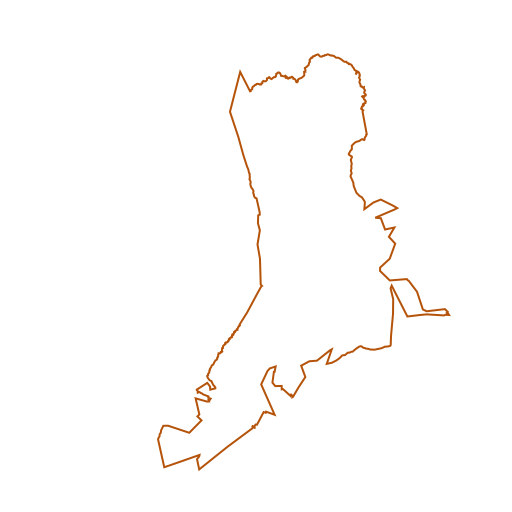 Súchil, Durango, Mexico, rotated 158°
{"feature_id": "50627088B52283797196470", "entity_name": "Súchil", "entity_type": "district", "adm_level": 2, "iso_a3": "MEX", "parent_name": "Mexico", "parent_adm1": "Durango", "projection": "orthographic", "projection_center": [-104.169, 23.415], "detail": "fine", "context": "isolated", "style": "outline", "palette": "amber", "viewbox_px": 512, "rotation_deg": 158, "n_neighbors": 0, "source": "geoboundaries", "source_scale": "gbopen_adm2", "svg_char_len": 6080}
<svg xmlns="http://www.w3.org/2000/svg" viewBox="0 0 512 512"><g transform="rotate(158 256 256)"><path d="M230.8,129.5L225.8,128.6L220.9,129.0L217.9,129.7L215.2,130.6L213.8,131.4L213.1,131.5L210.6,130.8L207.0,132.0L205.8,131.4L203.4,131.5L202.3,131.1L197.8,132.6L194.3,133.3L193.0,133.2L192.0,132.7L190.9,130.7L189.7,130.0L188.9,129.1L186.4,127.7L185.3,126.6L181.1,124.7L174.2,123.5L170.0,123.6L169.4,123.2L166.4,122.5L165.5,122.4L165.0,122.5L164.4,123.1L160.7,131.4L150.6,151.1L145.0,164.5L143.3,175.6L141.3,177.7L138.3,143.2L125.8,139.8L119.5,137.9L104.0,130.5L102.3,130.5L99.1,129.0L99.5,131.3L99.8,130.5L100.4,130.5L100.5,131.7L99.5,131.8L99.1,132.3L100.8,136.0L118.4,140.8L121.3,143.9L120.1,162.5L123.7,175.9L124.5,176.8L124.8,178.1L141.1,183.2L146.6,195.7L145.2,198.8L133.0,203.4L122.3,215.3L125.6,224.0L117.0,230.6L126.4,232.2L126.1,244.3L131.1,246.8L110.3,247.2L107.1,247.5L110.3,251.6L119.2,261.6L127.1,261.6L138.0,258.8L135.0,264.9L134.8,265.8L135.8,270.7L137.5,272.9L139.2,277.0L139.2,284.3L138.3,287.6L138.5,294.5L138.0,295.3L136.3,296.9L136.1,299.5L134.5,301.7L134.2,303.3L132.7,305.6L132.1,309.6L130.1,311.6L129.9,312.1L130.0,312.5L131.8,314.9L131.8,315.9L128.5,318.5L127.2,319.0L125.9,322.2L125.2,322.7L122.6,323.8L121.1,324.2L120.1,324.3L117.2,323.9L114.4,324.6L113.7,324.5L112.6,323.3L112.1,323.0L111.7,323.3L111.4,324.2L110.5,325.2L108.7,326.3L108.4,327.2L107.7,327.4L103.2,349.6L102.8,350.4L102.0,350.9L102.7,351.8L102.6,352.7L103.3,352.9L103.3,353.1L101.9,354.8L101.5,355.0L100.9,354.7L99.5,355.5L100.1,356.4L99.5,357.0L97.3,356.8L96.9,357.7L96.3,358.0L96.3,358.3L96.6,358.7L96.4,359.7L97.1,360.6L97.2,363.1L97.9,364.1L97.6,364.3L96.8,364.2L96.1,363.1L95.8,363.1L95.2,363.8L94.1,363.8L93.8,364.6L94.5,366.4L94.4,367.3L92.8,368.8L93.3,370.9L92.7,372.1L93.4,372.1L94.2,372.5L94.3,373.4L95.1,373.8L95.4,374.2L94.9,375.9L95.1,377.9L94.7,379.0L93.4,380.5L93.7,382.7L92.3,384.0L92.4,384.7L91.8,385.4L91.8,387.4L92.3,388.6L92.8,389.1L94.4,387.6L94.8,387.4L95.0,387.6L94.1,388.6L93.8,389.9L93.9,390.4L94.8,391.3L95.0,392.1L95.0,393.4L95.7,395.8L95.6,396.6L96.4,398.3L98.1,399.2L97.9,399.9L99.1,400.9L99.5,402.3L100.8,402.7L101.7,403.5L103.5,406.7L105.2,408.8L107.6,410.0L108.7,412.1L109.6,412.8L109.7,413.1L110.6,413.3L111.3,414.0L111.9,414.1L113.1,415.5L114.2,416.2L116.1,416.0L117.0,416.5L117.9,416.1L119.2,416.5L120.2,416.2L121.1,416.5L121.9,417.1L122.7,419.4L123.2,419.8L124.8,419.7L126.0,419.9L126.6,419.4L128.6,419.8L128.8,419.7L129.1,418.9L129.5,418.7L130.6,419.1L131.0,418.6L132.2,418.2L132.7,417.9L133.0,417.4L133.0,416.4L133.3,416.2L133.6,415.6L134.3,415.4L135.6,413.4L136.1,413.1L136.9,413.1L137.7,412.5L140.3,412.0L140.6,409.5L141.3,408.9L141.3,408.4L142.4,408.7L143.4,405.7L144.1,405.1L146.7,404.2L150.4,404.1L151.2,403.5L151.8,402.2L153.0,401.7L153.5,402.3L153.3,403.7L153.6,405.2L154.0,405.8L155.0,406.3L154.7,407.3L155.5,408.7L156.0,408.8L156.5,408.4L157.8,408.8L158.2,408.3L158.9,408.7L159.8,408.4L160.2,408.8L160.0,409.8L160.2,410.0L161.6,409.9L161.7,410.1L160.7,411.2L161.3,412.2L162.2,411.9L162.7,412.0L165.3,413.8L165.1,414.7L165.3,416.7L165.6,417.3L166.2,417.4L166.7,417.9L167.7,417.4L168.5,417.5L169.0,417.3L169.3,416.4L170.0,415.9L170.2,415.2L171.0,414.7L172.7,415.1L174.5,414.4L175.5,414.3L176.6,415.9L176.6,416.8L176.9,416.9L178.3,416.4L179.3,416.6L179.9,415.1L181.5,414.4L182.8,414.8L183.6,415.6L185.0,414.9L185.3,413.9L185.7,413.7L186.6,413.9L187.2,413.1L188.5,413.7L188.8,414.3L190.5,415.2L191.1,415.3L192.1,414.7L193.2,414.9L194.6,414.1L195.4,414.2L196.3,413.6L197.1,412.0L198.4,411.9L198.9,411.6L199.1,410.9L199.8,410.9L201.7,432.6L226.1,399.5L227.8,372.9L229.9,354.5L230.8,342.1L230.7,339.3L231.3,335.7L231.1,335.0L231.2,334.1L231.5,333.8L232.4,330.8L233.3,329.7L233.1,327.9L233.5,325.9L234.3,325.0L234.7,322.8L234.6,320.7L234.2,319.6L234.0,318.1L234.1,316.9L234.8,315.9L235.1,314.6L234.9,313.8L235.3,312.4L235.3,311.1L234.7,309.9L233.9,309.3L236.2,295.3L237.0,292.9L238.7,292.9L241.9,285.7L242.8,278.4L250.3,266.1L253.3,252.1L262.3,227.8L261.7,226.1L262.2,226.1L269.6,220.1L285.3,207.0L296.8,198.7L296.8,197.9L297.7,197.7L298.1,197.5L298.1,197.1L298.7,197.1L299.6,196.3L300.4,195.2L301.0,195.3L301.1,194.5L301.7,194.7L302.4,194.4L302.8,194.4L303.7,193.6L304.0,194.1L304.5,193.9L304.4,193.6L304.6,193.2L305.1,193.2L305.9,192.1L306.7,192.2L306.8,191.5L307.7,191.8L307.9,191.6L308.0,190.8L308.7,190.5L308.8,189.9L309.2,190.1L309.8,189.6L310.6,189.8L311.5,189.5L311.6,188.7L312.0,188.7L312.1,189.1L312.4,189.0L312.8,187.9L313.1,187.6L313.7,187.7L314.5,186.8L315.1,186.7L316.1,187.2L317.0,186.2L317.4,186.5L317.7,185.7L320.0,185.1L320.7,183.8L321.4,183.6L321.4,182.9L322.1,182.9L322.8,181.7L323.2,180.5L323.0,180.2L323.3,179.9L324.7,180.2L325.0,179.8L324.8,179.6L326.0,179.2L327.1,179.8L327.4,179.2L328.0,178.8L328.3,177.9L329.2,176.9L329.1,176.7L330.3,176.0L330.4,175.3L331.2,174.6L332.9,174.3L335.5,172.2L336.2,171.4L338.0,171.1L339.2,169.8L341.2,168.4L341.9,167.5L341.7,167.3L342.2,166.9L343.2,165.3L344.3,164.9L344.9,164.1L344.9,163.6L345.2,163.3L346.3,163.0L346.3,161.0L345.8,158.9L345.1,157.5L344.2,156.8L344.1,154.0L343.8,151.9L343.3,151.0L343.1,149.7L343.0,149.0L343.3,148.5L348.5,149.2L347.5,152.2L348.7,156.6L361.0,154.3L361.1,154.0L360.5,153.4L361.2,151.1L359.6,151.2L359.0,150.5L358.6,149.6L357.6,148.9L356.9,147.5L352.7,143.6L353.4,142.5L351.5,140.7L352.6,139.9L353.9,140.3L354.0,138.7L356.0,139.4L365.3,146.6L367.9,130.3L370.4,129.2L368.1,124.0L384.1,117.1L401.0,131.5L405.5,133.3L409.3,129.9L410.5,127.8L412.1,126.8L413.1,124.8L414.7,123.7L415.5,122.7L420.2,94.5L382.9,92.7L383.7,91.5L386.8,89.7L388.6,79.4L353.9,89.8L324.3,97.5L322.8,98.4L323.4,100.1L322.4,99.1L322.0,97.4L321.7,97.2L320.8,99.1L319.5,99.9L318.3,99.2L307.4,108.4L305.7,107.0L305.0,107.9L298.2,101.8L299.3,135.0L288.4,145.1L285.3,146.6L279.2,146.2L282.1,141.7L282.8,141.9L288.2,132.4L286.9,128.2L280.9,125.9L282.1,122.7L280.8,122.4L276.5,113.5L275.9,114.5L275.1,114.2L274.7,112.0L275.0,111.5L274.4,111.6L265.7,118.3L255.6,125.3L255.2,137.4L245.9,138.4L238.7,136.1L222.5,140.9L220.7,141.1L230.8,129.5Z" fill="none" stroke="#b45309" stroke-width="2"/></g></svg>